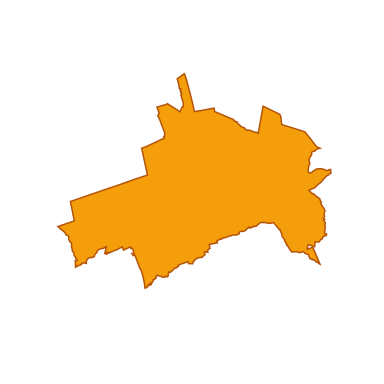 outline of Morelos, Zacatecas, Mexico, rotated 339°
{"feature_id": "50627088B46925631567457", "entity_name": "Morelos", "entity_type": "district", "adm_level": 2, "iso_a3": "MEX", "parent_name": "Mexico", "parent_adm1": "Zacatecas", "projection": "natural_earth1", "projection_center": [-102.666, 22.855], "detail": "fine", "context": "isolated", "style": "filled", "palette": "amber", "viewbox_px": 384, "rotation_deg": 339, "n_neighbors": 0, "source": "geoboundaries", "source_scale": "gbopen_adm2", "svg_char_len": 6030}
<svg xmlns="http://www.w3.org/2000/svg" viewBox="0 0 384 384"><g transform="rotate(339 192 192)"><path d="M309.3,255.3L309.1,253.2L308.4,251.0L308.3,248.7L308.6,248.0L309.2,247.6L308.6,246.2L308.8,245.4L308.7,244.8L308.8,244.0L308.5,243.8L308.3,243.1L306.8,241.1L305.8,239.2L305.5,238.2L304.5,237.1L303.8,236.9L303.9,236.7L301.7,232.4L303.8,232.1L307.3,232.1L308.9,231.7L309.5,231.3L313.4,229.8L315.9,229.2L316.4,228.7L318.2,227.9L319.2,227.2L323.1,225.4L324.8,225.0L326.0,225.0L326.9,224.6L327.7,224.0L328.5,224.2L329.0,222.2L328.9,221.3L329.5,220.6L329.1,220.4L328.3,220.4L327.4,220.3L326.2,220.7L324.6,219.5L322.7,217.7L321.1,216.7L319.5,215.9L315.9,215.1L313.7,216.0L312.8,215.8L310.8,216.5L310.0,216.6L309.1,216.6L307.8,215.7L307.7,214.6L309.0,211.7L310.5,209.4L311.0,209.1L311.7,208.1L312.2,207.6L312.4,207.2L312.2,206.7L312.4,206.1L312.4,205.2L312.6,204.5L313.2,203.7L313.7,202.6L314.3,202.2L315.2,201.2L316.4,200.7L317.3,199.6L317.5,198.9L317.7,198.3L318.2,197.7L319.6,197.4L321.0,197.8L321.6,197.7L321.9,197.3L324.2,196.8L327.2,197.0L325.2,195.2L324.3,193.4L319.0,176.3L300.1,161.3L300.0,160.8L301.9,153.6L302.0,151.8L301.3,150.4L289.1,137.4L274.8,161.0L273.7,159.4L273.4,159.2L271.9,158.6L268.9,155.9L268.5,155.3L268.2,155.3L267.9,154.9L266.9,154.5L265.7,154.1L265.3,153.8L264.7,153.2L264.3,152.6L264.2,151.4L263.0,149.9L261.9,149.2L260.7,147.6L260.8,147.0L260.2,146.1L259.6,145.4L259.2,144.2L259.4,143.2L259.2,142.7L258.8,142.4L258.3,142.2L257.8,141.7L257.7,141.3L256.6,140.7L256.8,139.3L251.8,134.7L248.3,131.1L241.9,125.0L242.7,121.6L230.1,119.3L223.0,117.8L224.5,108.3L227.0,86.4L227.3,78.9L226.9,78.8L218.7,81.0L218.6,83.3L217.6,90.0L217.3,90.3L218.5,92.0L217.4,92.2L217.8,94.8L217.2,94.8L217.5,97.2L216.3,97.5L216.2,100.7L215.8,104.9L214.7,109.2L214.3,109.3L213.6,108.9L213.4,108.9L209.5,112.8L207.2,109.5L200.7,100.7L199.4,101.0L191.2,100.3L189.8,100.1L189.5,107.0L187.6,108.1L187.4,108.3L187.3,109.0L187.8,112.3L187.7,123.9L187.7,127.1L186.2,130.2L185.4,130.2L185.6,131.7L165.6,133.2L160.7,133.1L156.5,160.2L143.1,159.6L123.3,159.1L121.0,158.9L75.1,157.3L71.8,176.8L54.5,176.2L56.0,179.5L57.5,181.8L58.9,184.3L58.9,185.9L59.1,187.1L60.2,187.9L61.1,189.3L60.4,190.7L59.9,192.5L60.3,194.9L61.1,196.6L60.8,197.8L59.8,200.2L59.7,202.2L59.2,204.5L59.7,205.9L59.6,207.7L59.2,209.1L59.6,210.6L59.9,211.4L59.7,212.2L60.4,214.0L60.3,214.7L58.5,214.1L56.3,220.5L57.8,220.4L58.3,219.5L58.5,219.7L59.2,220.0L61.3,220.2L63.1,219.9L63.3,219.1L63.7,219.0L64.2,219.2L65.4,219.3L67.8,220.8L68.2,219.2L68.8,218.9L69.0,218.2L69.7,217.4L70.6,217.0L73.3,216.5L74.8,217.5L75.7,217.0L77.5,217.5L78.7,215.8L79.4,215.3L81.3,214.4L83.2,212.7L85.1,212.2L85.9,212.2L87.7,212.4L88.5,212.8L89.7,212.9L90.2,212.1L91.0,212.5L91.9,212.2L92.4,212.4L88.5,218.2L90.0,219.5L90.8,218.0L91.9,218.0L91.3,219.1L97.0,219.0L98.3,218.8L100.9,219.0L103.8,218.6L107.3,218.4L107.2,221.7L114.8,221.2L114.7,222.6L115.4,222.6L115.3,223.3L116.4,224.1L116.0,226.8L116.1,228.9L114.4,228.8L113.7,227.0L114.3,230.2L116.1,231.0L116.0,236.7L116.0,245.7L116.5,246.1L116.0,253.1L114.9,259.9L113.6,264.8L113.8,265.0L114.3,264.5L114.7,264.5L115.1,265.0L115.5,265.0L116.3,264.5L116.9,263.8L117.2,263.8L117.2,264.1L117.6,263.8L117.8,263.2L118.7,263.8L118.8,263.7L119.6,262.5L120.1,262.5L120.1,263.8L120.9,263.9L120.9,262.0L122.0,262.5L123.7,261.3L124.3,260.0L125.5,260.2L126.0,259.7L126.5,259.8L127.9,259.2L128.2,257.8L129.6,257.2L130.1,257.3L130.3,258.0L130.5,258.2L133.2,259.7L133.4,260.7L133.8,260.9L134.2,261.0L134.9,260.9L135.7,261.7L135.9,261.2L137.0,261.3L137.1,261.5L137.3,261.7L137.8,261.6L137.9,261.8L138.2,261.9L138.8,262.4L139.7,261.8L139.8,261.1L140.2,260.7L141.2,259.2L141.4,258.6L141.9,258.4L142.4,258.6L142.6,259.0L143.4,259.2L144.7,258.4L146.0,258.3L147.2,257.4L148.5,257.0L148.9,257.2L149.3,257.0L149.8,257.2L150.3,257.1L150.6,257.3L152.1,256.3L152.8,256.5L153.0,256.4L153.0,256.0L153.6,255.3L163.3,255.6L163.1,257.6L167.0,259.3L168.7,257.0L169.8,257.0L171.5,255.8L175.0,255.8L176.5,256.1L177.5,256.7L179.7,255.9L180.8,255.4L181.7,255.2L182.0,252.6L182.2,252.4L182.7,252.6L185.2,253.9L185.2,253.2L185.3,252.8L186.0,251.9L186.8,251.4L188.6,251.0L189.3,247.2L197.5,248.5L197.9,246.4L198.9,246.5L199.4,246.3L200.0,246.3L201.2,246.0L201.5,246.3L202.3,246.3L202.9,246.6L204.3,246.0L207.9,246.7L209.5,246.4L210.2,246.2L211.2,246.7L214.9,246.8L217.7,248.0L219.6,248.1L220.2,247.3L220.6,247.4L221.2,247.8L221.6,246.7L222.5,246.3L223.9,246.3L226.1,247.3L227.0,247.2L229.4,246.6L230.0,245.8L231.0,245.6L231.4,245.9L232.3,245.3L232.7,245.1L233.1,245.3L233.3,245.7L233.3,246.3L233.5,246.6L234.4,246.6L234.9,246.3L235.4,246.2L235.8,246.5L236.6,245.8L237.4,246.3L237.5,246.5L238.1,246.8L239.7,246.4L240.1,246.5L240.1,246.8L240.5,246.9L241.2,246.2L241.9,245.9L243.3,245.7L244.1,245.3L245.4,245.1L245.8,245.2L247.0,245.9L249.6,246.8L250.2,247.4L252.8,249.0L254.4,249.4L257.2,249.8L260.2,258.7L260.6,258.7L260.7,262.7L260.3,265.8L260.4,266.7L260.8,267.8L261.4,269.2L261.0,271.6L261.4,272.2L261.4,275.7L261.9,275.7L262.0,276.9L263.0,282.0L263.4,283.3L263.9,283.9L264.4,284.1L267.8,284.8L268.8,285.6L269.6,286.5L270.6,287.0L271.4,287.4L272.0,287.5L273.5,287.4L274.1,287.6L275.2,288.6L275.5,289.7L276.2,290.5L277.0,291.0L277.9,291.7L278.2,292.7L278.1,294.0L278.3,295.4L278.2,295.9L278.2,296.6L279.6,297.2L279.9,297.4L280.1,297.8L279.8,298.0L279.8,298.3L280.1,298.5L281.1,298.6L281.7,299.4L282.9,301.4L282.8,301.7L283.2,301.8L283.4,302.2L283.7,302.3L284.0,302.8L285.0,304.3L285.0,304.5L285.6,305.2L285.0,286.9L279.1,286.8L281.5,282.7L286.9,287.0L289.2,282.5L292.3,284.2L294.5,283.0L295.0,282.5L295.6,282.3L296.5,282.5L296.8,282.4L297.1,281.7L298.1,281.0L298.5,281.1L298.9,280.7L299.3,280.7L300.0,280.1L301.5,280.9L302.6,279.5L301.0,277.9L301.4,277.0L301.4,276.5L301.9,276.3L302.5,275.0L303.0,274.3L303.5,273.4L303.6,272.5L304.1,271.2L305.4,268.6L305.3,268.1L305.1,267.7L305.0,266.0L305.2,265.7L305.9,265.3L305.0,264.6L305.2,263.6L306.1,263.5L307.1,262.3L307.0,261.1L307.7,259.1L308.6,258.3L309.6,256.7L309.3,255.3Z" fill="#f59e0b" stroke="#b45309" stroke-width="1.5"/></g></svg>